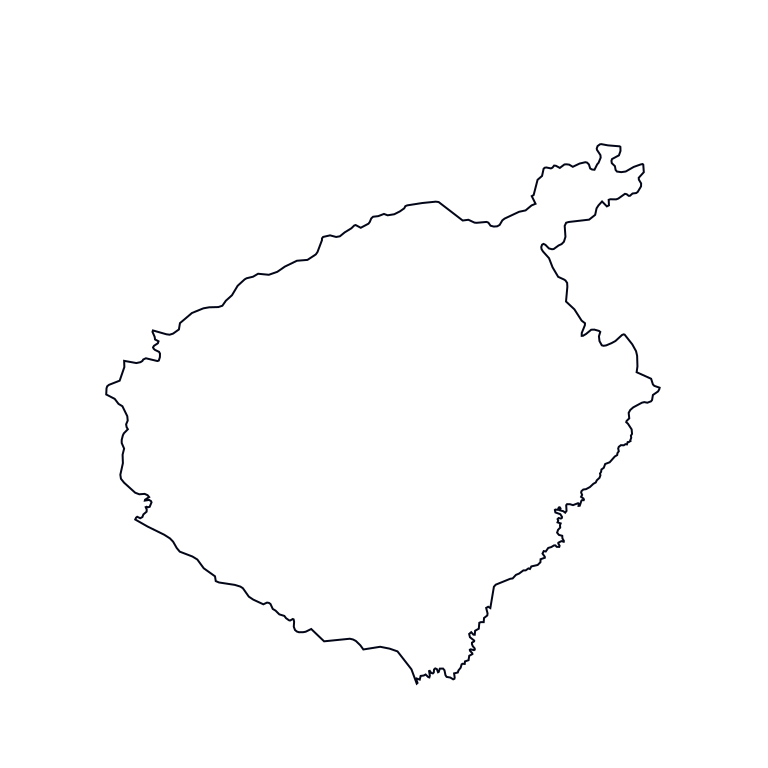 Da Teh, Lâm Đồng, Vietnam, rotated 193°
{"feature_id": "81297802B88275273163475", "entity_name": "Da Teh", "entity_type": "district", "adm_level": 2, "iso_a3": "VNM", "parent_name": "Vietnam", "parent_adm1": "Lâm Đồng", "projection": "mercator", "projection_center": [107.482, 11.563], "detail": "fine", "context": "isolated", "style": "outline", "palette": "ink", "viewbox_px": 768, "rotation_deg": 193, "n_neighbors": 0, "source": "geoboundaries", "source_scale": "gbopen_adm2", "svg_char_len": 6164}
<svg xmlns="http://www.w3.org/2000/svg" viewBox="0 0 768 768"><g transform="rotate(193 384 384)"><path d="M284.7,99.4L284.1,100.3L286.1,103.5L286.0,104.4L282.7,104.0L282.6,107.8L279.7,108.9L278.1,110.3L275.0,108.4L273.8,108.3L273.7,110.1L275.5,114.4L274.9,114.8L273.0,113.1L271.3,113.0L270.6,114.1L271.0,117.1L270.1,118.4L268.4,118.1L266.5,115.3L265.9,115.8L265.6,119.2L262.5,120.0L260.7,118.7L258.6,114.1L257.1,112.7L253.3,112.9L250.2,111.8L249.1,112.6L249.1,113.9L250.6,117.8L247.2,119.5L247.0,121.7L245.5,124.8L245.3,128.3L244.5,129.1L242.4,129.4L242.7,131.9L239.5,133.9L239.8,138.4L237.1,140.7L237.4,141.5L240.3,143.5L240.6,144.4L239.8,145.0L236.5,144.9L235.8,145.6L236.2,146.8L238.5,148.5L239.8,150.3L240.1,151.8L238.3,153.5L238.4,154.3L243.3,156.6L244.8,159.6L243.2,161.8L240.5,159.9L239.2,160.1L239.7,164.1L236.6,166.9L237.4,172.8L236.0,173.8L233.3,174.4L233.9,178.5L231.3,181.7L231.5,183.8L234.1,188.8L232.4,190.4L230.0,189.6L231.3,211.2L230.0,213.6L217.2,222.6L214.9,223.5L212.5,227.7L209.7,229.7L206.3,233.7L204.0,234.3L201.8,236.8L200.2,236.6L199.4,239.4L193.6,242.2L191.5,245.5L192.0,248.5L188.2,250.9L188.5,251.9L191.4,254.4L190.8,257.1L188.7,257.2L187.1,261.2L184.4,262.7L182.0,265.0L180.7,265.3L179.1,264.2L176.6,264.7L176.5,265.9L178.3,267.8L178.4,268.6L175.8,270.8L173.4,270.7L173.4,271.5L175.4,273.7L176.2,276.2L179.6,276.3L181.9,278.1L181.6,281.1L180.0,283.7L180.8,286.2L180.5,287.9L183.8,288.2L183.5,290.0L184.5,291.4L183.7,292.7L181.4,292.7L180.6,293.4L180.6,294.5L182.9,296.8L188.1,297.4L189.2,299.7L188.8,300.2L186.4,300.5L185.9,303.0L185.1,303.4L184.0,302.5L184.3,300.5L180.7,300.4L178.5,299.4L177.6,301.4L179.2,306.9L178.6,308.1L175.8,308.7L172.6,308.5L168.1,311.5L167.3,311.2L167.0,309.0L165.9,309.4L165.4,314.6L164.9,315.4L163.3,315.7L163.2,316.4L163.9,317.3L166.6,318.4L166.0,320.5L167.5,322.6L167.5,324.0L166.1,326.0L163.5,327.0L160.2,329.9L157.5,333.9L155.5,335.7L155.0,338.0L152.9,341.1L152.6,343.8L153.4,345.3L152.7,347.2L152.9,349.6L151.0,351.8L150.5,355.8L146.5,358.5L142.8,365.3L140.8,367.2L141.0,369.1L140.1,371.3L141.3,373.8L141.1,375.6L139.4,377.7L136.6,378.2L135.2,379.7L133.7,379.8L133.5,382.2L132.4,382.5L131.0,383.9L131.4,384.3L131.0,387.2L131.8,389.2L131.1,391.2L132.5,395.5L137.4,400.2L139.4,401.3L139.3,402.6L137.3,405.7L139.1,410.9L138.2,414.1L135.9,417.3L128.5,423.8L126.3,424.9L123.2,425.0L119.9,427.2L119.2,428.7L119.5,433.8L115.3,438.4L114.6,440.8L114.6,442.4L120.2,443.0L121.9,444.1L124.9,449.2L140.5,452.3L141.0,458.1L143.7,468.4L145.8,472.7L151.0,478.5L160.6,486.2L161.6,486.3L163.1,485.3L168.2,477.9L171.5,475.0L176.2,471.6L178.7,470.6L180.5,470.7L183.7,474.3L185.3,478.8L185.0,483.4L186.5,484.1L191.3,484.3L194.3,483.5L198.3,478.3L201.0,475.7L202.2,475.4L202.8,478.2L201.5,486.4L201.8,488.4L205.7,490.2L215.3,499.6L225.2,505.3L227.2,519.9L228.3,523.7L230.5,525.7L232.1,526.3L238.4,527.6L246.0,535.6L251.5,543.7L258.9,548.9L260.8,550.8L261.6,552.8L261.3,555.3L260.1,556.4L258.0,555.9L253.8,553.2L250.6,553.1L249.0,553.7L245.0,558.3L242.4,560.3L240.7,563.1L240.3,568.2L243.5,578.7L242.8,582.1L240.5,583.4L221.1,590.3L216.3,596.3L216.4,603.0L215.2,606.3L212.6,610.9L206.8,607.2L205.0,608.7L206.5,614.0L205.1,614.9L199.4,616.1L197.4,617.4L192.0,623.5L190.2,623.5L188.0,622.4L186.7,622.7L184.7,625.5L181.2,626.8L180.0,628.2L178.0,634.4L178.6,637.3L181.6,640.4L182.2,642.2L178.5,648.8L180.7,656.0L181.5,656.5L183.4,655.6L189.5,651.7L196.3,645.4L200.5,643.8L204.8,643.4L206.5,644.7L208.0,648.2L211.7,650.4L212.6,652.6L212.4,654.5L206.5,659.7L206.0,664.3L207.0,668.2L207.8,668.6L219.5,666.9L226.2,666.6L227.5,666.1L229.4,663.9L229.7,661.3L229.2,660.1L224.6,655.7L223.8,653.3L224.7,647.8L225.7,646.0L227.1,640.1L229.6,639.8L231.6,640.4L233.7,644.0L235.9,645.4L237.7,645.4L243.0,642.8L248.9,638.1L252.9,639.4L255.7,639.1L257.6,638.5L261.3,634.1L265.6,635.3L267.4,635.1L268.5,632.7L269.9,631.6L274.5,631.5L276.0,630.9L276.9,629.7L276.8,622.3L280.3,617.5L280.7,601.8L282.3,600.3L276.9,593.7L280.4,591.2L285.1,585.0L291.1,582.2L303.7,572.3L305.5,570.1L307.1,565.0L309.2,563.1L312.4,562.1L315.8,562.2L318.6,564.7L320.5,565.0L330.0,561.9L332.1,561.6L338.7,563.0L344.1,561.0L371.7,573.6L374.6,573.3L387.3,569.0L401.5,563.3L403.2,562.1L403.8,559.7L407.4,555.7L412.2,551.7L418.4,549.2L422.3,549.7L427.3,546.3L432.3,544.5L433.7,542.4L434.3,538.7L435.2,536.7L441.8,531.0L447.4,532.5L448.7,531.7L450.8,528.4L456.4,522.9L460.2,518.0L463.7,516.5L470.0,516.7L476.4,513.6L477.2,511.9L476.8,510.2L478.5,497.6L479.6,494.9L486.5,487.7L496.6,484.5L507.0,476.1L513.2,469.3L520.8,464.5L531.5,463.1L535.7,459.1L541.7,456.1L543.3,454.6L548.7,446.8L552.1,436.3L556.8,429.6L559.1,423.9L562.7,421.7L571.6,419.4L577.0,417.1L587.1,410.0L596.5,397.4L596.1,391.0L600.9,385.6L604.0,383.8L607.2,383.5L621.2,384.2L621.3,382.7L618.1,378.4L617.1,375.9L613.3,374.9L613.5,372.8L616.7,369.5L617.3,367.7L616.3,366.5L614.8,365.7L610.4,364.7L609.1,363.2L608.4,359.7L608.7,356.2L609.9,355.4L621.8,355.5L624.1,353.7L624.6,352.1L626.2,350.5L630.0,348.7L642.4,348.1L640.8,342.1L642.3,327.8L651.8,321.3L653.2,319.5L653.4,317.4L652.3,311.3L643.0,308.9L638.2,304.9L633.9,303.5L626.9,294.9L625.5,290.7L626.2,286.7L625.1,284.1L623.4,282.3L626.4,277.4L626.9,275.2L627.0,270.5L626.3,267.5L622.7,262.6L622.8,256.3L620.6,248.1L620.5,236.3L619.0,232.5L615.1,229.4L602.0,222.1L597.6,221.5L592.5,223.1L589.4,222.5L587.4,221.0L590.8,217.5L590.8,216.6L586.8,218.2L584.7,217.5L583.9,216.4L584.7,211.6L586.3,210.8L587.7,211.0L588.5,210.4L587.0,208.4L586.6,206.2L589.1,202.8L589.5,200.0L591.3,198.4L594.6,199.1L595.5,198.0L595.9,196.0L582.2,191.9L564.3,187.7L557.8,185.4L554.0,182.9L549.0,177.5L545.3,174.7L531.8,172.8L526.4,171.0L518.2,163.9L505.4,158.6L503.6,154.1L500.1,153.5L484.2,154.7L478.4,154.3L475.6,153.3L467.9,146.4L462.9,144.5L452.0,142.2L448.8,144.7L446.8,144.8L445.1,144.1L441.8,139.8L438.7,138.8L434.2,136.0L428.9,135.6L426.8,133.8L423.4,132.4L422.3,132.4L420.0,134.5L419.1,134.3L418.1,132.1L417.3,127.2L415.4,124.3L413.2,123.2L411.0,123.0L406.9,124.0L404.6,125.0L399.8,128.9L384.5,119.8L360.0,128.1L356.7,128.1L353.6,127.3L348.3,124.1L344.4,120.7L328.6,127.1L319.0,127.4L310.7,126.5L293.1,112.2L284.7,99.4Z" fill="none" stroke="#020617" stroke-width="2"/></g></svg>